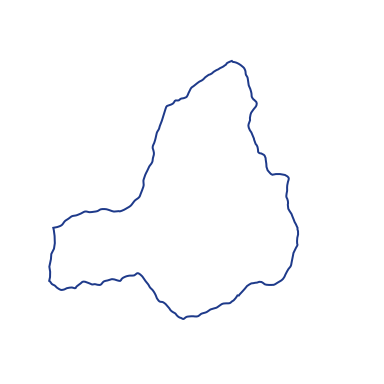 Dragteng, Tongsa, Bhutan, rotated 200°
{"feature_id": "84629894B32701898541772", "entity_name": "Dragteng", "entity_type": "district", "adm_level": 2, "iso_a3": "BTN", "parent_name": "Bhutan", "parent_adm1": "Tongsa", "projection": "equal_earth", "projection_center": [90.534, 27.427], "detail": "fine", "context": "isolated", "style": "outline", "palette": "blue", "viewbox_px": 384, "rotation_deg": 200, "n_neighbors": 0, "source": "geoboundaries", "source_scale": "gbopen_adm2", "svg_char_len": 5955}
<svg xmlns="http://www.w3.org/2000/svg" viewBox="0 0 384 384"><g transform="rotate(200 192 192)"><path d="M295.8,59.6L294.7,59.3L293.0,58.1L292.1,57.6L291.2,57.4L290.2,57.3L289.2,57.2L288.3,56.9L286.4,56.0L284.5,55.5L283.5,55.3L282.6,55.2L281.6,55.2L280.7,55.5L279.8,56.0L278.9,56.6L278.1,57.3L277.4,58.1L276.7,58.8L274.9,59.9L274.0,60.4L273.1,60.8L272.2,61.2L271.2,61.3L270.2,61.4L269.2,61.5L268.5,62.0L268.3,63.3L267.8,64.3L266.6,66.2L265.4,68.0L264.3,70.0L263.5,70.6L262.6,70.9L261.7,71.1L260.7,71.1L257.7,71.1L255.7,71.0L254.7,70.9L253.8,71.1L252.0,72.1L251.1,72.3L250.1,72.4L249.1,72.5L247.1,73.0L246.3,73.5L245.7,74.3L244.9,76.6L244.4,77.6L243.7,78.3L242.9,78.9L241.1,80.0L238.6,81.9L237.8,82.5L236.9,82.9L235.9,83.1L234.9,83.3L231.9,83.4L230.9,83.5L230.0,83.6L229.1,83.9L228.6,84.8L228.4,86.1L227.9,87.1L227.3,88.0L226.5,88.8L225.8,89.5L225.0,90.2L224.2,90.8L222.4,91.9L221.5,92.3L219.6,93.0L218.7,93.4L217.8,93.9L217.1,94.8L216.5,95.8L215.9,96.7L215.1,97.2L214.2,97.2L213.2,97.0L212.2,96.7L210.3,95.9L209.4,95.4L205.2,92.4L201.7,90.3L200.9,89.7L199.3,88.3L198.4,87.7L197.5,87.3L195.7,86.5L194.8,85.9L194.0,85.4L192.4,84.1L190.8,82.6L189.4,81.0L188.7,80.2L187.9,79.6L187.0,79.0L186.1,78.4L185.2,78.1L184.3,78.0L182.3,78.5L181.3,78.5L180.4,78.3L179.4,78.0L178.5,77.7L177.6,77.2L175.8,76.2L174.0,75.2L173.2,74.7L172.4,74.0L171.5,73.5L170.6,73.1L169.6,72.8L168.7,72.6L166.7,72.3L165.8,72.0L164.1,70.9L163.2,70.5L162.2,70.1L161.3,69.9L160.3,69.8L159.3,69.9L157.3,69.6L156.4,69.9L155.8,70.8L155.2,71.8L154.5,72.7L153.7,73.3L151.9,74.2L150.1,75.0L148.2,75.7L147.2,75.9L146.3,76.2L145.3,76.5L144.4,77.0L143.6,77.6L143.0,78.5L142.4,79.5L141.9,80.4L141.1,81.2L140.3,81.8L138.6,83.0L137.8,83.6L137.0,84.4L136.4,85.2L134.5,87.9L132.0,89.8L130.3,91.0L129.5,91.6L128.8,92.4L126.3,96.0L125.6,96.9L124.9,97.5L124.0,98.1L122.2,98.9L120.3,99.6L119.4,100.0L118.5,100.5L117.8,101.4L117.3,102.4L116.7,103.3L116.0,104.1L115.5,105.1L115.1,106.2L114.7,107.2L114.4,108.3L114.1,109.5L113.9,110.4L112.6,110.7L112.2,112.1L110.5,116.1L109.3,119.1L108.1,122.5L106.5,124.7L105.0,126.4L103.2,127.3L101.6,128.3L99.9,129.1L98.1,130.6L95.9,131.2L93.9,130.8L92.2,130.2L90.4,130.3L87.5,131.1L83.7,132.6L82.7,133.4L81.7,134.6L80.8,135.8L78.9,138.1L77.7,139.6L76.7,141.6L76.1,144.1L76.0,146.2L75.5,150.1L75.0,152.7L74.0,155.5L73.9,156.4L73.9,157.5L74.4,160.4L75.4,167.0L75.8,169.4L75.2,175.2L74.8,177.4L74.8,178.4L75.6,179.6L76.5,181.8L77.4,185.0L77.8,188.4L79.0,191.5L80.0,192.8L80.7,194.6L81.5,195.3L83.2,197.1L85.4,199.0L87.1,201.0L89.2,203.3L91.0,205.4L93.7,207.4L95.8,209.2L97.1,211.8L97.6,212.8L97.9,214.3L98.8,216.3L100.2,218.2L101.3,219.2L102.0,220.4L102.6,223.0L103.0,225.6L103.5,227.0L104.2,228.8L104.8,230.9L105.0,232.3L105.3,234.3L105.4,236.5L105.7,237.8L106.3,238.6L107.7,239.3L110.5,239.8L115.2,239.0L119.2,237.6L122.4,235.7L124.2,236.0L126.3,237.1L128.4,238.3L130.6,241.1L131.8,243.9L134.1,248.2L134.4,249.0L136.2,251.0L137.2,251.5L140.1,251.9L141.5,251.6L142.4,251.7L143.2,252.0L143.7,252.6L144.3,254.0L145.1,255.5L146.0,256.9L147.1,258.0L148.7,259.0L151.6,262.5L152.0,263.3L156.6,268.3L158.7,269.8L160.6,271.8L161.7,273.6L162.0,275.1L162.0,279.3L162.9,281.4L163.5,284.9L163.5,286.8L162.5,290.5L161.2,294.2L161.1,295.8L161.5,297.5L162.5,298.7L164.4,299.5L165.0,299.9L165.7,299.9L166.3,300.3L167.0,300.7L167.6,301.2L168.2,301.7L168.7,302.4L169.0,303.1L169.7,304.7L170.1,305.4L171.0,306.8L172.0,308.1L172.5,308.8L174.7,311.1L175.2,311.7L175.6,312.4L176.4,313.9L178.0,316.9L178.8,318.3L179.3,318.9L179.9,319.4L181.2,320.4L181.7,321.0L182.1,321.7L182.8,323.2L183.2,323.9L183.7,324.6L184.3,325.2L184.8,325.7L185.4,326.2L186.1,326.6L186.8,326.9L189.6,327.9L191.8,328.4L193.2,328.6L194.7,328.7L196.2,328.6L196.9,328.5L197.6,328.3L198.4,328.3L199.4,328.8L200.1,328.2L201.3,327.1L202.4,326.0L202.9,325.4L203.4,324.7L203.5,323.8L203.8,323.0L204.8,321.8L205.2,321.0L205.7,320.4L206.8,319.2L207.9,318.1L209.4,316.1L210.5,315.1L211.2,314.3L212.7,312.4L213.1,311.7L213.9,310.2L214.4,309.6L215.0,309.0L215.5,308.4L216.2,308.0L216.7,307.4L218.8,304.3L219.7,302.2L220.2,301.3L220.8,300.4L221.5,299.6L222.3,298.8L223.0,298.0L224.2,296.2L226.5,292.4L227.1,291.5L227.8,290.6L228.3,289.6L228.6,288.5L228.7,287.4L229.1,283.9L229.2,281.5L229.4,280.3L229.7,279.3L230.5,278.5L231.3,277.8L232.1,277.2L233.9,276.2L234.7,275.5L235.2,274.5L235.8,273.6L236.7,273.1L237.7,272.8L238.6,272.5L239.3,271.7L239.5,270.6L239.8,269.4L240.3,268.4L241.0,267.6L241.7,266.9L244.2,264.9L245.0,264.1L245.3,263.1L245.3,261.3L245.2,259.0L244.8,250.8L244.7,248.5L244.8,243.8L244.8,242.7L244.7,241.5L244.6,240.3L244.7,239.2L245.2,236.9L245.3,235.8L245.2,234.6L244.6,230.0L244.4,227.7L244.3,225.3L244.5,222.9L244.5,221.8L244.3,220.7L243.9,219.7L242.5,217.9L241.3,216.0L240.9,215.0L240.6,213.9L240.4,211.6L240.3,210.4L239.8,208.1L239.6,207.0L239.7,205.9L239.9,204.7L240.6,202.5L240.9,201.4L241.0,200.2L241.3,196.8L241.6,194.4L241.7,193.3L241.8,192.1L241.7,187.4L241.6,186.3L241.2,185.2L240.3,183.2L239.8,182.1L239.6,181.0L239.5,179.8L239.5,176.3L239.6,172.8L239.6,170.4L239.8,169.3L240.1,168.6L240.5,167.8L242.4,165.1L242.9,164.1L243.3,163.0L244.3,159.7L244.7,158.6L245.2,157.7L245.8,156.8L246.5,155.9L247.2,155.1L248.6,153.4L250.0,151.8L250.8,151.1L251.5,150.4L252.4,149.7L253.2,149.1L254.2,149.0L257.8,147.3L258.8,146.9L259.7,146.8L260.7,146.7L263.6,146.7L265.6,146.6L266.6,146.5L267.5,146.3L269.4,145.7L270.4,145.3L271.3,144.8L272.1,144.3L272.8,143.5L273.5,142.6L274.2,141.8L275.1,141.2L275.9,140.7L279.5,138.8L280.4,138.4L281.3,138.0L282.3,137.8L284.3,137.6L285.3,137.3L286.1,136.9L286.9,136.2L287.6,135.4L289.1,133.7L291.4,131.6L292.2,130.9L293.0,130.3L295.7,128.8L296.5,128.2L297.2,127.4L298.4,125.5L299.0,124.6L300.3,122.9L301.0,122.0L301.5,121.1L301.9,120.0L302.5,117.7L302.9,116.7L303.5,115.8L304.2,115.0L305.0,114.3L306.6,113.0L310.1,110.9L308.7,108.7L306.1,103.7L303.4,97.0L302.3,91.5L303.0,85.6L301.6,80.7L300.5,73.0L298.0,68.5L296.3,63.5L295.8,59.6Z" fill="none" stroke="#1e3a8a" stroke-width="2"/></g></svg>